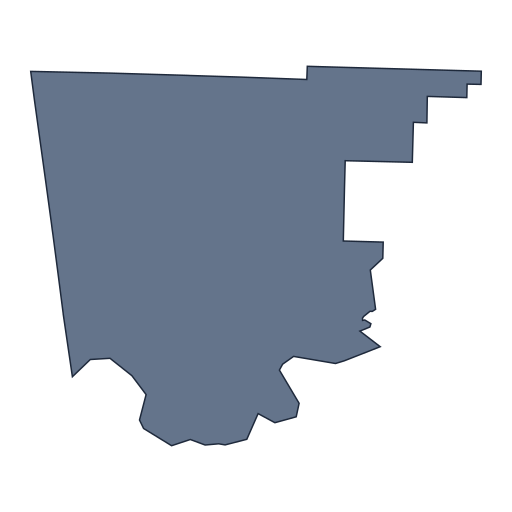 outline of Crawford, Arkansas, United States of America
{"feature_id": "52423323B545411729976", "entity_name": "Crawford", "entity_type": "district", "adm_level": 2, "iso_a3": "USA", "parent_name": "United States of America", "parent_adm1": "Arkansas", "projection": "mercator", "projection_center": [-94.179, 35.559], "detail": "fine", "context": "isolated", "style": "filled", "palette": "slate", "viewbox_px": 512, "rotation_deg": 0, "n_neighbors": 0, "source": "geoboundaries", "source_scale": "gbopen_adm2", "svg_char_len": 918}
<svg xmlns="http://www.w3.org/2000/svg" viewBox="0 0 512 512"><path d="M428.3,69.7L320.6,66.7L307.3,66.3L306.8,79.5L241.1,77.1L189.7,75.5L187.8,75.4L109.9,73.1L30.7,71.4L34.3,99.0L34.7,101.9L45.9,182.8L51.5,223.9L52.1,228.6L52.3,230.1L52.9,234.3L58.0,273.3L63.2,313.6L63.2,314.0L72.4,376.7L90.3,359.5L110.0,358.3L131.9,375.7L146.1,394.6L139.5,420.0L143.6,428.5L171.6,445.7L190.3,439.5L205.1,445.0L218.7,443.8L225.1,444.9L246.8,439.3L258.1,413.6L274.9,422.7L296.2,416.8L299.1,403.3L279.4,370.1L282.6,364.2L293.6,356.4L335.5,363.5L344.3,360.8L380.2,346.7L359.9,331.1L369.9,327.0L370.9,323.7L364.8,320.0L362.6,320.4L362.5,318.1L363.7,316.4L370.0,311.3L372.3,311.4L375.6,309.3L370.3,270.0L382.8,258.3L383.2,242.1L343.3,241.0L344.5,187.5L345.2,160.7L412.3,162.3L413.4,122.3L426.9,122.9L427.3,96.4L466.8,97.6L467.1,84.1L481.0,84.4L481.3,71.2L467.3,70.8L428.3,69.7Z" fill="#64748b" stroke="#1e293b" stroke-width="1.5"/></svg>